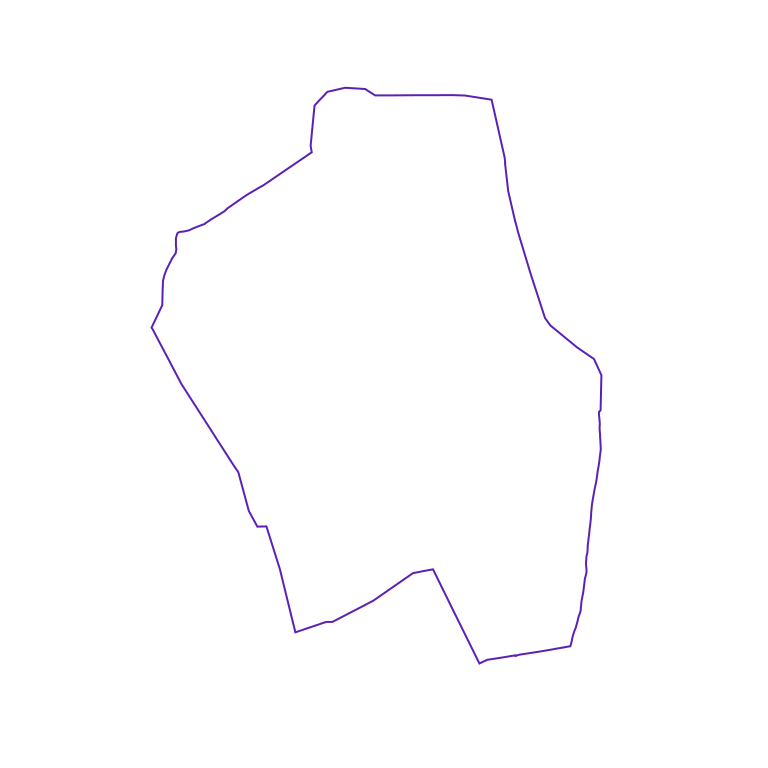 Mayfa'at Ans, Dhamar, Yemen, rotated 347°
{"feature_id": "15242507B32732575993939", "entity_name": "Mayfa'at Ans", "entity_type": "district", "adm_level": 2, "iso_a3": "YEM", "parent_name": "Yemen", "parent_adm1": "Dhamar", "projection": "natural_earth1", "projection_center": [44.633, 14.515], "detail": "fine", "context": "isolated", "style": "outline", "palette": "violet", "viewbox_px": 768, "rotation_deg": 347, "n_neighbors": 0, "source": "geoboundaries", "source_scale": "gbopen_adm2", "svg_char_len": 2687}
<svg xmlns="http://www.w3.org/2000/svg" viewBox="0 0 768 768"><g transform="rotate(347 384 384)"><path d="M506.5,681.4L507.9,679.1L509.1,676.7L510.2,674.2L511.4,671.8L512.8,669.4L514.2,667.1L516.1,664.5L517.5,661.8L519.1,658.9L520.3,656.4L521.6,653.9L523.5,651.2L524.9,648.3L525.6,645.8L526.6,643.2L527.4,640.5L528.7,637.5L530.1,634.4L531.5,631.2L532.5,628.5L533.5,625.7L534.7,622.4L535.3,620.7L535.8,619.2L537.5,616.0L538.9,613.2L539.2,611.9L539.5,610.7L539.6,610.3L540.0,606.6L540.6,603.7L541.5,600.8L542.6,597.3L544.3,593.9L545.5,589.8L546.3,586.8L547.7,583.1L548.2,581.6L548.6,580.3L549.8,577.4L550.9,574.1L551.9,571.1L552.6,569.2L553.3,567.4L554.3,564.5L555.3,561.6L555.9,559.5L556.3,558.3L557.2,555.2L558.5,551.2L559.5,548.3L560.7,545.3L562.4,541.2L563.7,538.2L565.0,535.1L566.7,531.4L568.4,527.8L568.7,527.0L569.5,525.2L569.8,524.4L571.0,521.3L572.2,518.0L573.5,514.9L573.6,514.7L574.7,512.1L575.9,509.1L577.0,506.3L577.9,503.5L579.2,500.1L580.4,496.8L580.5,496.6L582.5,485.4L582.5,485.0L582.5,484.8L583.2,481.7L583.6,478.5L584.0,476.2L584.4,474.4L585.3,471.5L585.8,468.3L586.2,465.2L586.6,461.9L587.2,459.5L589.1,458.4L589.5,456.9L597.8,424.4L594.3,407.0L580.4,391.8L559.2,364.3L555.7,355.8L551.6,308.8L548.8,266.5L548.5,255.2L548.4,255.2L548.4,233.2L548.4,227.5L548.4,224.1L550.8,203.0L551.6,195.9L551.9,195.7L552.4,191.1L552.5,190.9L552.8,131.2L527.7,121.1L516.0,118.0L494.0,113.0L488.9,111.8L473.4,108.3L457.7,104.8L440.3,100.8L439.8,100.3L433.9,94.3L432.1,92.4L427.9,91.1L415.4,87.4L412.6,86.6L395.0,86.6L394.5,86.6L391.4,88.7L391.3,88.9L384.7,93.1L379.0,97.0L377.5,101.4L374.0,111.8L366.1,135.4L365.7,142.0L335.6,153.7L310.5,163.5L307.4,164.3L292.8,168.9L287.0,171.2L271.2,177.5L267.4,179.8L252.4,184.8L245.8,187.3L245.3,187.7L238.4,188.6L233.2,189.4L228.6,190.4L223.5,190.4L219.4,189.9L217.7,190.1L216.9,190.5L216.4,190.9L215.3,192.8L214.0,195.3L213.5,197.6L212.4,202.3L211.9,206.3L210.3,209.9L205.7,214.0L205.2,214.7L197.7,223.7L194.3,228.9L191.9,233.7L189.3,243.2L185.7,257.3L170.2,276.8L170.9,278.7L175.3,295.5L177.8,304.9L180.3,314.3L180.5,315.3L181.3,318.2L183.6,327.0L184.6,330.8L186.0,336.0L186.5,338.1L192.0,353.6L196.0,364.7L202.6,383.1L203.0,384.1L208.2,398.9L208.6,400.1L211.9,409.1L219.2,429.5L222.2,437.1L222.8,452.7L223.6,473.5L223.7,477.0L228.5,494.5L237.4,496.3L240.9,541.0L241.5,587.0L241.8,606.0L274.2,602.8L276.7,603.4L278.9,603.9L280.3,604.2L316.1,595.0L322.1,593.4L324.6,592.8L356.9,579.9L360.2,578.6L369.7,574.8L378.5,575.1L390.1,575.6L400.7,621.1L401.9,626.1L414.1,677.8L422.3,676.0L423.0,676.0L437.7,677.1L450.7,677.9L450.5,678.3L450.7,678.6L454.9,678.2L473.7,679.6L479.6,680.0L506.5,681.4Z" fill="none" stroke="#5b21b6" stroke-width="2"/></g></svg>